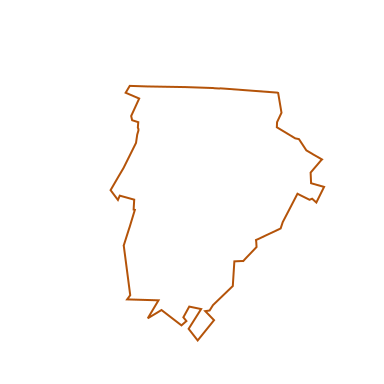 the district of Baviácora, Sonora, Mexico, rotated 33°
{"feature_id": "50627088B77359146514236", "entity_name": "Baviácora", "entity_type": "district", "adm_level": 2, "iso_a3": "MEX", "parent_name": "Mexico", "parent_adm1": "Sonora", "projection": "natural_earth1", "projection_center": [-110.101, 29.614], "detail": "fine", "context": "isolated", "style": "outline", "palette": "amber", "viewbox_px": 384, "rotation_deg": 33, "n_neighbors": 0, "source": "geoboundaries", "source_scale": "gbopen_adm2", "svg_char_len": 1210}
<svg xmlns="http://www.w3.org/2000/svg" viewBox="0 0 384 384"><g transform="rotate(33 192 192)"><path d="M265.2,94.8L252.9,89.4L249.3,90.8L227.9,91.5L225.3,87.1L223.9,76.8L210.3,62.0L209.4,62.2L162.6,87.8L159.2,89.7L158.6,90.3L154.4,92.7L153.1,93.3L129.5,107.5L96.9,127.9L82.0,136.9L82.3,144.9L96.8,142.4L99.6,161.4L102.7,164.4L108.9,162.7L111.5,167.5L112.8,168.4L113.6,169.7L114.8,173.7L118.3,181.3L120.4,199.6L121.5,209.1L121.9,218.5L122.7,234.8L134.2,239.0L133.4,234.4L147.7,229.9L152.6,238.5L153.8,238.1L157.4,250.6L159.0,256.1L159.0,256.3L163.9,274.1L164.0,274.1L164.1,274.3L164.7,275.0L196.4,312.2L196.1,317.4L222.9,301.1L223.7,322.0L230.7,307.6L255.8,309.6L257.6,303.3L253.0,301.8L252.1,289.6L263.4,285.2L263.7,308.6L277.6,313.4L280.0,290.4L280.3,287.5L268.0,284.7L271.3,281.8L271.2,275.4L277.2,249.6L277.4,249.0L277.4,248.6L265.3,227.1L271.6,222.6L272.6,222.0L273.1,218.9L273.6,216.2L276.1,203.0L273.1,198.9L271.8,197.4L273.1,195.5L277.7,188.0L286.2,174.3L285.0,169.7L284.5,167.9L283.1,153.3L281.4,136.0L284.5,135.7L294.8,134.5L296.4,132.2L302.0,133.1L300.0,115.8L287.1,119.8L280.9,111.1L283.0,95.2L283.3,93.9L273.1,94.5L271.9,94.5L265.2,94.8Z" fill="none" stroke="#b45309" stroke-width="2"/></g></svg>